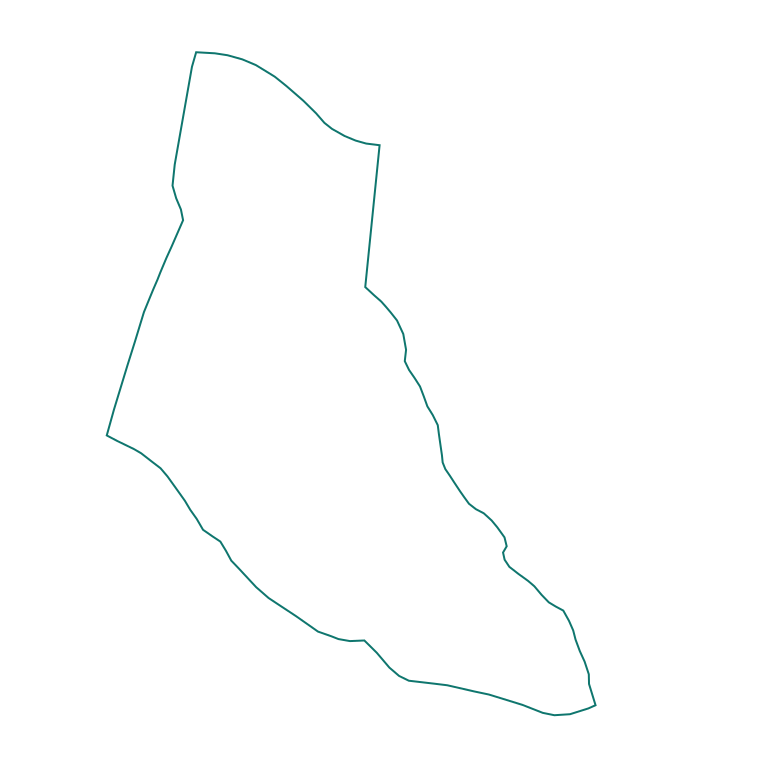 Vera Cruz, Bahia, Brazil (orthographic projection), rotated 280°
{"feature_id": "56859067B29600247267043", "entity_name": "Vera Cruz", "entity_type": "district", "adm_level": 2, "iso_a3": "BRA", "parent_name": "Brazil", "parent_adm1": "Bahia", "projection": "orthographic", "projection_center": [-38.708, -13.031], "detail": "fine", "context": "isolated", "style": "outline", "palette": "teal", "viewbox_px": 768, "rotation_deg": 280, "n_neighbors": 0, "source": "geoboundaries", "source_scale": "gbopen_adm2", "svg_char_len": 1620}
<svg xmlns="http://www.w3.org/2000/svg" viewBox="0 0 768 768"><g transform="rotate(280 384 384)"><path d="M285.2,119.9L281.5,131.4L276.5,149.0L273.6,156.9L267.5,168.4L262.2,178.6L255.4,186.8L242.1,200.4L234.4,208.2L226.4,215.1L218.6,223.0L209.0,231.1L204.1,241.7L200.4,250.2L192.3,257.3L183.5,264.3L177.5,272.5L161.7,293.4L153.2,307.5L148.8,317.6L140.0,337.9L128.7,362.0L126.4,376.0L124.9,383.4L124.9,395.1L128.0,409.2L118.1,423.5L105.6,438.6L99.1,449.6L96.1,460.0L97.6,485.5L98.3,498.6L96.9,526.3L96.4,541.2L92.0,576.2L87.7,597.5L87.4,609.3L91.1,624.5L100.0,641.6L104.4,648.1L124.2,638.0L133.7,636.1L145.4,629.8L155.0,623.2L165.6,617.0L174.2,613.1L182.9,607.3L192.0,599.9L194.7,591.7L197.6,584.2L203.8,575.7L210.9,567.2L215.1,560.1L220.4,549.2L225.7,539.2L231.9,533.3L238.7,530.5L245.5,533.0L253.9,529.3L262.5,520.5L268.3,513.7L274.0,504.7L276.7,496.2L280.8,488.5L286.4,482.7L291.5,477.6L299.4,470.1L305.1,464.8L310.8,459.2L316.9,455.4L323.7,453.5L333.1,450.4L344.1,446.8L352.8,444.1L361.9,437.4L369.5,430.6L378.6,425.4L387.8,419.9L395.3,413.0L402.1,406.3L410.1,400.5L421.5,399.8L436.6,394.3L448.8,385.8L455.6,378.2L460.1,372.8L464.7,367.0L469.7,358.8L476.2,348.7L618.4,338.2L617.7,324.7L618.8,313.8L621.4,302.1L626.2,288.5L630.8,280.0L638.8,270.1L649.0,255.3L660.4,236.3L667.7,223.0L675.8,202.5L679.1,188.1L680.6,172.8L680.3,160.0L678.1,141.4L663.1,139.8L563.8,139.8L542.6,141.3L530.8,147.1L520.6,153.7L510.4,157.7L490.9,153.0L482.6,151.0L470.2,147.8L454.8,144.3L447.4,142.8L437.4,140.4L428.8,138.5L413.1,135.1L382.8,131.4L357.7,128.1L311.8,122.5L285.2,119.9Z" fill="none" stroke="#0f766e" stroke-width="2"/></g></svg>